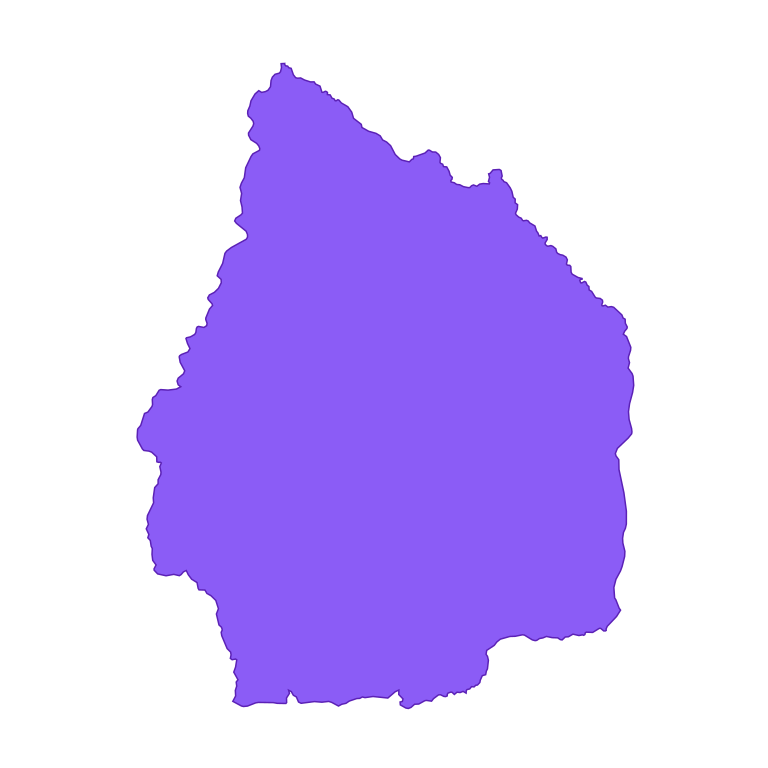 the district of Belén De Umbría, Risaralda, Colombia, rotated 177°
{"feature_id": "7082276B92483962355634", "entity_name": "Belén De Umbría", "entity_type": "district", "adm_level": 2, "iso_a3": "COL", "parent_name": "Colombia", "parent_adm1": "Risaralda", "projection": "mercator", "projection_center": [-75.868, 5.19], "detail": "fine", "context": "isolated", "style": "filled", "palette": "violet", "viewbox_px": 768, "rotation_deg": 177, "n_neighbors": 0, "source": "geoboundaries", "source_scale": "gbopen_adm2", "svg_char_len": 6090}
<svg xmlns="http://www.w3.org/2000/svg" viewBox="0 0 768 768"><g transform="rotate(177 384 384)"><path d="M551.6,75.0L543.2,69.9L541.2,69.3L537.2,69.5L528.8,72.3L526.0,72.6L511.1,71.6L507.3,70.7L498.7,70.1L497.9,71.0L497.8,75.5L494.6,80.0L495.3,83.2L492.7,81.7L490.8,77.9L487.9,76.1L486.0,70.9L483.5,69.5L470.1,70.5L462.7,69.5L455.8,69.9L452.9,68.8L446.3,64.8L442.9,66.4L438.7,67.1L435.2,69.2L427.7,71.3L424.7,71.3L422.0,72.6L419.4,71.8L411.3,72.5L396.6,70.2L388.9,76.1L385.2,77.6L385.5,73.1L381.5,68.5L382.3,66.0L384.6,65.6L384.5,62.7L379.2,59.3L376.7,58.7L374.0,59.6L370.2,62.6L366.0,62.6L359.8,65.6L358.2,65.8L353.1,64.8L351.0,67.2L345.8,70.7L343.8,70.7L340.6,68.9L338.8,68.6L337.2,69.2L337.0,70.9L336.2,72.0L333.4,72.8L332.2,72.6L330.0,70.3L327.2,72.4L324.1,71.9L321.1,72.9L318.2,71.0L317.8,73.7L317.1,74.5L314.4,75.0L312.4,77.2L309.9,76.8L308.2,78.3L306.4,78.5L303.9,80.9L303.3,83.3L301.1,87.6L297.7,88.4L296.8,92.0L295.6,94.1L294.2,102.6L294.9,106.6L296.2,108.7L295.4,112.6L287.5,117.3L284.9,120.4L281.2,123.1L271.5,125.3L266.1,125.2L258.8,126.3L256.9,125.9L249.3,120.7L246.5,119.8L244.9,120.0L242.0,121.7L238.7,122.1L235.0,123.4L229.4,121.9L223.8,121.4L221.3,119.5L219.5,119.1L216.2,121.9L213.1,121.9L208.4,124.3L202.5,122.6L198.9,123.1L197.7,122.6L196.5,123.3L196.0,125.0L195.0,125.6L188.6,125.0L181.8,128.7L180.4,128.6L177.5,125.9L175.8,125.8L175.0,126.3L175.0,127.8L173.7,130.4L163.9,139.7L159.6,145.8L160.9,147.8L163.8,156.5L164.9,158.2L165.1,168.8L162.6,176.8L157.6,185.0L155.8,189.2L152.7,199.2L152.2,204.3L153.8,212.7L153.8,217.5L152.6,223.3L150.5,227.2L149.3,231.5L148.6,244.3L150.1,262.7L153.8,286.2L153.5,296.1L156.1,300.1L156.6,302.5L154.3,307.5L143.0,317.2L139.3,321.3L138.9,323.2L139.1,326.6L141.1,335.8L141.3,343.6L139.8,351.5L136.2,362.5L134.7,369.6L134.9,378.8L135.7,381.4L139.4,387.1L137.7,392.5L138.6,396.6L138.4,398.5L136.0,404.8L135.6,407.7L139.3,418.7L142.4,421.2L140.9,424.1L138.5,426.7L138.1,428.2L139.8,432.0L139.8,436.1L141.8,437.4L142.8,440.5L150.6,448.6L152.9,449.4L156.4,449.1L158.8,451.1L161.2,450.5L162.2,450.8L162.3,451.9L161.3,454.4L161.5,456.3L163.6,458.1L167.5,458.8L168.5,459.6L171.8,465.6L174.2,467.2L174.3,470.7L175.9,472.0L177.1,475.2L178.4,475.9L181.2,474.6L182.3,474.8L183.1,477.3L182.4,478.0L180.7,478.3L180.7,479.0L184.6,480.2L190.3,483.8L191.3,485.8L191.3,491.5L192.3,492.8L194.7,493.1L195.5,494.2L194.4,498.4L195.6,501.2L198.7,503.3L201.4,504.0L203.8,505.4L204.7,506.6L205.3,510.0L208.3,512.7L210.1,513.5L213.2,513.0L214.5,513.7L215.7,515.2L215.7,516.5L213.5,519.7L213.4,522.0L214.6,522.3L217.8,521.4L218.7,522.1L219.7,524.0L221.3,523.7L222.5,527.1L223.6,528.5L225.0,533.9L230.1,537.3L231.5,539.3L233.1,540.0L236.3,539.7L237.1,540.2L238.3,542.4L240.7,543.6L243.3,546.2L243.7,547.7L241.7,551.7L241.2,556.1L243.6,558.1L243.3,561.8L245.2,563.7L246.2,569.7L247.7,573.3L251.1,578.6L253.7,579.8L254.4,581.2L255.8,582.3L256.0,583.7L255.1,585.4L255.9,591.0L256.5,591.5L257.6,592.2L263.9,592.1L267.0,588.8L268.5,588.4L267.8,584.9L269.1,580.8L268.0,579.4L268.4,578.3L274.4,579.0L278.0,578.6L280.9,576.6L284.2,578.1L286.2,577.4L288.0,575.7L289.6,575.7L294.3,576.9L297.9,579.0L301.0,579.5L303.3,581.3L306.4,582.2L306.7,583.6L305.4,584.9L305.0,586.8L307.0,589.1L307.9,593.1L310.0,597.5L313.2,598.0L313.9,600.4L316.0,601.5L316.5,602.4L315.8,607.1L317.4,610.4L320.2,612.9L323.6,613.2L326.3,615.1L327.6,615.3L331.0,612.5L340.1,609.8L342.4,609.6L342.9,607.3L344.4,606.9L347.1,604.5L354.3,606.6L356.4,607.9L360.8,612.6L364.9,621.6L368.7,625.5L372.6,627.8L374.8,632.0L378.8,634.7L386.1,637.2L392.6,641.3L393.1,644.5L400.5,650.9L402.0,657.2L405.6,662.8L411.9,666.9L414.1,669.8L415.2,670.3L417.1,669.3L418.0,669.5L418.8,671.2L421.0,672.2L422.6,675.5L425.4,676.0L425.2,678.1L426.1,679.0L427.3,679.4L429.6,678.4L430.7,678.6L432.3,684.8L436.6,687.1L438.0,689.4L441.5,689.5L447.4,691.7L451.2,694.0L454.3,693.9L456.2,694.5L458.3,697.5L460.2,704.1L462.5,704.8L463.6,706.5L465.6,706.9L466.6,708.6L466.4,709.3L470.0,709.3L469.8,705.2L471.0,701.3L472.3,699.9L476.6,699.0L479.4,696.3L480.9,693.0L481.8,686.8L484.5,683.4L487.1,682.2L490.9,681.6L493.7,683.5L497.6,680.4L502.0,673.8L503.4,668.6L505.7,664.0L506.0,661.3L505.5,658.6L503.2,656.5L500.9,653.2L500.5,650.8L501.4,648.4L506.2,641.7L506.2,639.5L504.2,635.0L498.6,631.0L496.6,628.3L495.7,625.6L496.1,623.9L502.9,620.7L504.9,618.1L510.8,607.2L512.7,597.3L515.9,592.0L517.5,587.9L516.2,581.7L517.7,574.7L516.5,568.2L516.4,562.0L518.0,560.4L523.3,557.3L524.6,554.6L523.0,552.2L513.7,543.8L512.5,540.4L512.6,537.8L513.9,535.8L529.3,528.3L534.2,525.0L536.0,522.8L538.8,512.9L543.6,504.6L544.9,500.8L541.2,497.0L541.2,493.6L544.3,488.2L548.6,484.4L553.7,482.1L555.5,479.3L555.1,477.6L551.5,473.1L551.1,471.4L554.4,467.9L558.5,459.2L558.6,457.6L557.5,453.9L558.0,451.6L560.8,449.9L566.2,451.2L567.5,450.8L568.4,449.4L569.2,445.3L570.5,443.4L574.9,441.2L578.8,440.5L579.4,439.8L578.1,434.7L575.9,429.5L578.2,426.2L584.7,424.1L586.6,422.9L587.1,421.8L586.4,416.3L582.3,407.6L583.7,404.7L589.2,400.6L590.5,397.8L589.6,394.0L587.1,391.9L591.6,389.8L600.0,389.2L607.3,390.1L608.9,389.5L612.5,384.3L615.5,382.6L616.2,380.6L616.2,375.6L616.8,373.8L621.3,368.3L624.7,367.1L629.1,355.4L632.1,352.2L632.5,351.1L633.3,343.9L633.0,340.8L628.7,331.8L627.3,330.2L622.3,329.3L619.6,328.1L614.8,323.2L614.9,318.2L613.4,317.6L611.2,317.5L610.5,316.8L612.2,313.2L611.3,307.7L611.6,305.3L614.6,300.2L614.8,296.2L618.4,292.6L620.4,282.4L620.3,277.4L627.1,265.0L627.7,261.4L626.6,256.2L629.0,251.8L626.7,246.1L627.9,242.8L625.6,240.0L625.0,234.1L624.0,231.8L624.6,226.0L624.2,220.0L621.1,215.2L623.3,211.5L623.3,210.1L620.0,206.2L611.7,203.9L603.9,204.9L598.4,203.3L596.6,204.3L594.1,206.9L591.2,208.1L589.5,203.9L586.3,199.1L581.1,195.5L580.3,189.7L579.5,188.1L573.6,187.6L571.8,184.1L567.8,181.6L563.3,176.7L561.1,168.3L563.4,163.1L561.4,152.0L559.2,149.8L558.7,148.5L558.4,146.8L559.6,144.6L559.2,141.1L554.5,128.0L551.2,124.3L550.9,121.5L551.8,118.0L550.1,116.6L546.6,117.1L545.5,116.3L547.0,109.2L549.1,104.1L545.3,96.3L547.2,94.1L546.9,90.0L548.5,85.8L548.5,80.2L551.6,75.0Z" fill="#8b5cf6" stroke="#5b21b6" stroke-width="1.5"/></g></svg>